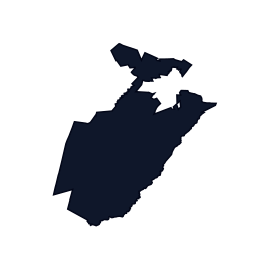 Umguza, Matabeleland North, Zimbabwe, rotated 252°
{"feature_id": "62879985B92853728292751", "entity_name": "Umguza", "entity_type": "district", "adm_level": 2, "iso_a3": "ZWE", "parent_name": "Zimbabwe", "parent_adm1": "Matabeleland North", "projection": "equal_earth", "projection_center": [27.996, -19.86], "detail": "fine", "context": "isolated", "style": "filled", "palette": "ink", "viewbox_px": 256, "rotation_deg": 252, "n_neighbors": 0, "source": "geoboundaries", "source_scale": "gbopen_adm2", "svg_char_len": 5722}
<svg xmlns="http://www.w3.org/2000/svg" viewBox="0 0 256 256"><g transform="rotate(252 128 128)"><path d="M69.5,45.6L52.8,61.3L52.3,60.9L52.0,60.4L51.7,60.4L51.2,60.7L50.4,60.9L49.9,61.4L49.4,61.2L49.1,61.2L48.6,62.1L47.8,62.8L47.6,62.7L47.2,62.3L46.9,62.5L47.1,63.0L47.4,63.2L47.7,63.7L47.8,64.0L47.4,64.4L47.0,64.5L46.5,65.6L46.1,66.0L45.7,66.7L45.0,67.4L44.9,67.9L45.1,68.8L45.1,69.9L45.4,70.9L45.5,71.0L46.2,71.3L46.5,72.3L46.7,72.5L47.2,72.8L47.6,72.6L48.0,72.6L48.2,72.9L48.2,73.9L47.9,75.1L48.4,76.9L47.4,79.4L47.2,79.7L47.1,80.5L47.3,81.2L47.5,81.5L49.3,82.5L49.5,82.8L49.5,83.0L49.3,83.5L48.2,84.3L47.8,84.9L47.6,86.0L47.6,88.1L47.2,89.0L47.2,90.2L46.8,92.5L46.0,94.1L45.4,95.0L45.3,95.3L45.4,95.6L45.5,96.0L46.1,96.6L46.7,96.9L46.9,97.1L47.1,97.7L47.6,98.2L47.7,98.7L47.5,99.5L47.4,100.2L47.5,100.3L48.6,100.8L48.9,101.1L48.9,101.4L48.5,102.2L48.5,102.6L48.8,103.2L49.5,104.3L49.9,104.4L50.1,104.4L50.3,104.5L50.5,105.3L51.1,105.2L51.4,104.9L51.6,104.9L52.5,107.2L53.0,107.8L53.9,107.9L54.3,108.3L54.3,109.3L54.1,110.0L54.1,110.5L54.0,111.0L54.1,111.4L54.5,111.8L55.7,112.0L56.0,112.3L56.2,112.6L56.2,113.1L56.0,113.8L56.2,114.2L56.5,114.1L56.9,113.8L57.1,113.8L57.9,114.6L58.1,115.1L57.7,115.7L57.6,116.3L58.1,116.4L58.4,116.5L58.4,116.9L58.2,117.5L58.2,117.8L58.4,118.1L59.4,118.1L59.7,117.6L60.0,117.6L61.2,118.6L61.8,118.7L62.4,118.3L63.2,118.8L64.2,118.7L64.4,118.9L64.3,120.1L64.8,121.1L64.9,122.2L65.1,122.7L65.0,123.1L65.1,123.6L65.4,124.0L65.9,124.2L66.0,124.4L66.0,124.9L65.4,125.4L65.2,125.7L65.3,126.3L65.5,126.8L66.5,127.9L67.0,128.7L67.3,129.9L67.2,131.4L67.4,132.1L67.3,132.5L67.6,133.0L68.4,134.0L68.8,134.2L69.6,134.0L70.4,134.1L70.7,134.3L71.2,135.0L71.3,136.0L71.6,137.4L72.0,138.1L72.1,138.5L72.0,139.3L72.0,140.2L72.2,140.5L73.1,141.6L73.4,142.2L73.4,143.0L73.3,143.3L73.3,144.1L73.8,144.4L74.0,144.4L74.2,144.1L74.3,144.1L74.6,144.4L75.0,145.1L75.2,145.3L75.6,145.3L76.1,145.0L76.4,145.0L76.8,145.2L77.0,145.6L76.6,146.5L76.6,146.8L76.7,147.2L77.2,147.9L77.8,148.4L78.3,149.0L78.5,149.0L78.6,148.5L78.8,148.4L80.3,149.1L80.9,149.2L81.0,149.5L81.0,149.9L81.1,150.1L82.2,150.0L82.4,150.2L83.3,151.8L84.0,152.7L84.6,153.2L84.8,153.6L89.4,161.2L91.8,162.7L95.0,166.0L95.5,167.1L95.5,167.3L95.9,169.3L96.3,169.3L96.8,171.9L97.9,173.9L98.1,173.9L98.4,173.7L98.6,173.7L99.0,173.9L99.6,174.5L99.8,174.5L100.0,174.2L100.7,174.6L101.5,174.7L102.1,175.2L102.9,175.2L103.3,175.5L103.6,175.9L103.7,176.2L103.8,177.4L103.4,178.6L103.5,179.1L104.2,179.5L104.7,180.1L104.9,180.8L105.9,183.2L105.9,183.5L106.8,185.6L107.7,186.8L107.8,187.7L108.0,187.9L108.4,188.2L109.3,188.5L109.6,188.9L109.7,189.4L109.8,190.8L110.3,191.4L111.4,192.4L111.5,192.6L111.7,194.8L112.0,195.2L112.9,195.6L114.4,196.7L114.9,197.3L114.8,198.3L115.1,198.7L115.9,199.2L116.7,199.5L117.1,199.8L117.3,200.2L118.3,202.4L118.7,203.1L118.9,204.0L119.2,205.0L120.3,203.2L122.6,218.1L124.2,219.4L125.9,214.5L126.4,213.7L127.3,210.9L129.2,207.2L130.5,206.3L132.2,207.0L133.7,207.3L135.9,206.9L137.1,205.1L137.1,204.9L139.9,201.9L140.3,200.9L141.0,199.8L141.3,199.0L141.6,198.8L142.9,196.7L145.0,196.4L147.2,190.2L146.6,189.2L145.5,188.0L144.5,188.2L143.9,188.0L143.5,188.3L143.2,188.4L142.9,188.3L144.3,184.7L136.2,182.3L136.1,182.7L136.3,183.0L137.0,183.2L137.1,183.7L136.9,184.0L137.3,184.6L137.7,185.9L131.6,184.6L130.2,181.6L135.7,181.5L134.0,177.7L131.5,178.1L132.5,175.2L134.0,175.1L133.1,156.9L134.7,158.3L135.2,158.7L136.2,159.1L136.7,159.8L138.1,161.0L139.1,162.3L139.9,163.6L141.2,166.4L147.3,164.4L147.2,161.4L149.7,159.1L150.0,159.3L150.4,160.1L150.8,160.1L151.1,161.1L151.8,161.4L152.0,161.7L152.1,162.0L151.9,162.6L152.8,163.9L152.8,161.7L155.3,158.9L155.5,158.7L155.5,158.4L156.0,157.1L160.1,146.6L165.0,154.3L168.7,156.6L168.3,158.0L167.4,158.7L165.9,162.5L165.8,164.2L165.4,164.8L165.2,165.6L165.0,166.1L168.3,165.9L167.3,168.9L167.4,169.1L167.2,169.8L166.7,169.8L166.8,171.8L166.0,174.2L166.1,174.3L166.5,173.9L167.1,173.9L168.4,174.2L169.2,174.2L169.4,174.4L166.0,181.4L167.7,183.3L167.6,183.7L167.8,183.9L168.4,184.4L169.1,184.1L169.1,184.5L168.6,184.8L168.6,185.0L169.5,185.7L169.1,186.3L169.3,186.7L170.4,187.5L172.1,188.3L172.1,190.4L171.6,190.4L171.3,191.4L170.6,192.6L170.5,193.8L169.0,192.8L168.9,192.9L168.8,193.6L167.6,194.0L167.8,194.6L167.8,196.0L167.5,196.6L165.9,194.8L164.6,194.8L164.2,195.4L163.9,195.2L163.6,195.4L162.7,195.6L162.7,195.8L161.2,195.8L161.2,195.6L160.1,195.6L159.7,195.0L162.2,198.6L163.5,200.7L166.7,205.0L168.3,207.9L175.6,201.9L175.5,201.7L174.4,199.6L178.3,193.8L179.7,192.7L181.5,186.3L183.6,179.6L181.8,179.1L182.2,178.5L182.7,178.9L183.0,178.1L182.5,177.9L183.3,176.4L185.0,175.8L185.2,177.4L194.3,167.4L188.3,161.7L199.1,160.8L208.1,148.6L211.1,145.7L211.0,145.8L206.9,135.8L195.8,137.3L195.9,138.2L189.1,140.3L188.2,147.7L184.6,148.6L183.5,153.5L183.0,153.5L180.0,148.5L178.4,149.1L176.5,150.3L175.7,151.3L175.0,152.5L173.0,153.4L168.8,145.5L166.6,146.9L165.9,143.7L165.5,143.9L164.0,141.7L164.3,141.5L164.5,140.4L164.9,140.2L164.9,139.9L163.8,139.6L162.7,140.2L162.3,139.8L162.6,139.1L162.4,138.0L162.0,137.8L162.0,137.2L160.8,137.4L160.7,136.7L161.3,136.2L161.9,136.0L162.0,135.6L161.5,135.7L161.5,134.9L160.7,135.1L160.0,134.1L160.4,133.3L160.6,132.6L160.4,131.8L159.1,131.4L158.7,132.0L158.4,130.8L158.9,130.5L158.9,130.2L158.9,129.7L158.1,129.7L157.1,128.0L157.6,127.3L156.2,125.9L155.6,126.3L155.3,125.9L154.8,125.8L154.7,123.3L152.3,123.1L149.1,117.9L152.5,103.1L150.3,101.7L150.6,101.7L145.6,95.0L145.0,94.1L144.6,92.8L144.6,90.7L145.6,89.2L150.5,79.0L145.4,75.1L138.4,69.4L135.1,66.4L132.2,64.1L116.9,54.9L106.2,48.3L104.6,47.1L97.2,42.6L94.0,40.5L87.5,36.6L86.7,56.4L84.1,54.8L77.7,50.6L77.3,50.6L69.5,45.6Z" fill="#0f172a" stroke="#020617" stroke-width="1.5"/></g></svg>